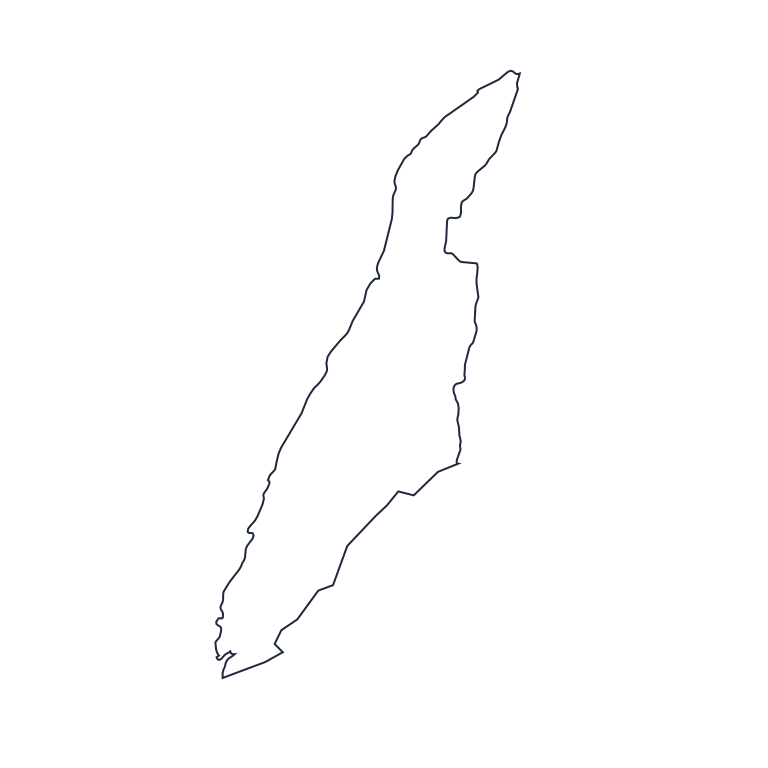 Sava, Equal Earth projection, rotated 213°
{"feature_id": "MDG-5879", "entity_name": "Sava", "entity_type": "Autonomous Province", "adm_level": 1, "iso_a3": "MDG", "parent_name": "Madagascar", "parent_adm1": "", "projection": "equal_earth", "projection_center": [49.879, -14.33], "detail": "fine", "context": "isolated", "style": "outline", "palette": "slate", "viewbox_px": 768, "rotation_deg": 213, "n_neighbors": 0, "source": "natural_earth", "source_scale": "10m", "svg_char_len": 3845}
<svg xmlns="http://www.w3.org/2000/svg" viewBox="0 0 768 768"><g transform="rotate(213 384 384)"><path d="M359.2,49.6L361.9,53.7L363.1,57.3L363.4,59.8L364.9,64.2L365.2,66.4L364.8,69.0L362.9,73.4L362.1,76.1L363.5,75.1L364.8,74.8L366.1,75.0L367.3,76.1L368.2,73.8L369.2,72.1L370.0,70.2L370.8,64.7L371.9,62.9L373.5,62.5L375.6,63.6L374.9,65.6L374.5,66.4L376.5,67.1L378.5,68.4L380.4,70.1L384.1,74.7L384.8,76.1L384.1,81.2L384.3,83.0L386.2,88.4L387.6,90.5L389.5,91.4L391.6,91.2L393.7,91.4L395.1,93.0L395.2,97.1L394.2,98.2L392.5,98.8L391.9,100.3L394.1,103.9L396.2,105.4L398.2,106.2L399.8,108.0L400.4,112.1L401.2,115.0L404.6,120.5L405.4,122.5L405.7,133.3L404.4,149.7L404.5,152.7L405.3,156.9L405.4,160.1L406.0,162.6L410.1,170.5L410.6,174.1L410.0,182.7L410.7,185.7L412.7,187.3L414.5,186.6L416.2,185.5L417.8,185.7L419.1,188.6L418.9,192.2L417.8,199.0L418.1,204.4L420.2,216.3L422.0,221.8L422.6,222.9L424.4,224.7L425.0,225.8L425.2,227.4L425.0,231.0L425.0,232.7L425.6,236.9L426.1,238.4L426.4,239.1L426.9,239.6L427.5,239.8L428.2,239.9L429.1,240.2L429.2,241.0L429.2,242.1L429.7,243.3L430.0,245.6L428.8,252.4L429.7,255.7L430.8,258.0L434.3,267.5L435.6,274.2L437.2,314.5L440.2,329.5L440.6,335.3L440.4,342.5L439.1,348.2L438.6,351.8L438.4,358.9L438.8,363.1L439.8,365.5L443.6,370.0L446.1,376.1L446.2,381.9L444.3,397.4L442.9,403.6L442.5,406.8L442.8,410.3L444.6,419.9L445.7,442.3L449.8,453.3L450.2,460.7L448.9,467.2L445.6,469.7L446.9,472.1L450.9,474.8L452.7,476.6L453.9,479.2L454.9,482.7L456.6,495.6L467.3,526.7L470.1,532.2L477.4,543.8L478.9,547.1L480.1,553.9L481.7,556.0L483.6,557.5L485.5,559.3L487.5,564.3L488.8,570.8L489.6,583.7L489.4,585.0L488.6,588.2L487.1,591.3L487.1,592.7L487.4,594.1L487.6,596.1L487.4,597.5L486.0,602.4L485.7,604.4L486.0,606.4L486.4,608.1L486.5,609.4L485.9,611.0L484.0,613.4L483.4,614.8L482.4,621.8L479.7,631.9L479.4,635.6L478.4,641.0L465.1,673.9L463.9,679.6L465.4,680.8L464.5,683.5L453.6,701.7L450.2,713.0L448.5,715.6L446.1,716.4L443.7,716.0L441.4,716.1L439.2,718.4L436.2,708.4L433.6,705.2L433.3,705.3L432.3,704.2L426.5,680.8L426.1,677.0L425.9,675.5L425.3,673.9L423.9,671.3L423.1,669.3L422.3,666.5L421.8,663.3L421.2,657.0L419.3,648.9L416.8,641.3L416.6,639.7L416.7,638.4L418.2,630.7L418.3,629.5L418.1,624.3L418.2,623.1L418.4,622.0L421.2,613.0L421.4,611.9L421.6,610.8L421.5,609.5L420.8,607.5L415.5,596.8L414.7,594.8L414.6,593.6L414.5,592.4L414.7,589.9L415.4,585.2L415.7,584.3L417.3,580.8L417.6,579.8L417.7,578.7L417.0,576.7L415.8,574.3L412.7,569.5L411.8,567.2L411.5,565.6L412.4,564.1L413.0,563.4L413.5,562.9L414.4,562.1L418.3,560.0L418.9,559.4L419.5,558.8L420.0,558.1L420.3,557.2L420.2,556.1L419.8,554.9L409.8,537.9L407.0,530.5L406.0,529.0L405.4,528.4L404.6,528.0L403.8,527.7L402.4,528.0L401.4,528.4L399.2,530.1L398.4,530.4L396.8,530.4L389.4,528.5L387.1,528.2L385.6,528.4L384.9,528.8L372.6,535.3L371.8,535.6L370.4,534.5L368.6,532.2L365.3,526.1L364.0,523.1L361.0,518.5L352.0,508.1L350.4,501.2L349.4,498.6L342.1,485.9L340.7,484.8L339.4,484.0L337.8,482.6L336.3,480.7L335.5,479.3L335.0,478.1L332.1,468.1L331.9,467.1L332.0,466.1L332.4,464.1L332.5,463.0L332.4,461.9L332.2,460.9L326.8,444.8L325.8,442.8L324.4,440.7L321.7,435.7L319.1,432.8L318.7,431.6L318.7,430.5L318.9,429.5L319.7,427.7L320.2,426.9L321.3,425.6L323.2,423.9L323.6,422.9L323.9,421.8L323.9,419.8L323.5,418.7L323.1,417.7L320.9,415.0L320.3,414.4L318.1,413.0L317.4,412.5L315.8,410.5L315.1,410.0L313.6,409.1L312.0,408.4L311.3,407.9L308.2,404.4L305.4,399.6L303.5,394.8L302.9,393.8L302.4,393.1L298.0,389.0L292.7,381.9L288.6,378.0L287.9,376.6L287.1,374.4L286.3,373.1L285.0,371.8L284.3,370.8L283.9,369.8L282.0,361.8L280.9,358.5L279.9,357.5L279.1,357.3L278.4,357.6L290.9,339.7L298.4,306.8L313.5,301.7L315.4,284.0L319.1,268.8L326.6,228.2L317.2,187.6L326.6,174.9L328.5,139.4L336.0,121.6L334.1,106.4L322.8,103.9L332.2,86.1L345.4,68.3L359.2,49.6Z" fill="none" stroke="#1e293b" stroke-width="2"/></g></svg>